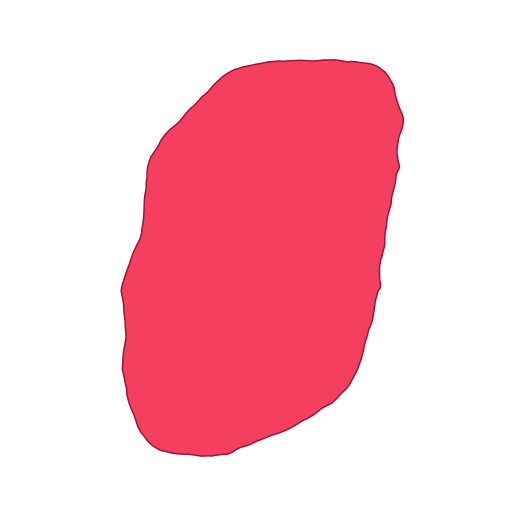 outline of South Nilandhoo, Maldives, rotated 9°
{"feature_id": "70690204B67340170019172", "entity_name": "South Nilandhoo", "entity_type": "district", "adm_level": 2, "iso_a3": "MDV", "parent_name": "Maldives", "parent_adm1": "", "projection": "orthographic", "projection_center": [72.94, 2.835], "detail": "fine", "context": "isolated", "style": "filled", "palette": "rose", "viewbox_px": 512, "rotation_deg": 9, "n_neighbors": 0, "source": "geoboundaries", "source_scale": "gbopen_adm2", "svg_char_len": 3138}
<svg xmlns="http://www.w3.org/2000/svg" viewBox="0 0 512 512"><g transform="rotate(9 256 256)"><path d="M203.5,463.8L209.3,463.7L214.7,463.1L220.3,462.4L227.3,462.2L233.3,462.2L239.7,460.9L243.7,460.4L247.8,459.0L252.5,457.6L258.5,456.3L263.7,453.2L266.6,450.3L271.6,446.9L277.0,444.6L280.5,442.4L285.6,438.8L291.1,435.7L298.7,431.0L306.5,427.2L314.2,422.5L319.4,418.5L323.6,415.1L326.4,412.4L333.0,407.7L337.8,403.8L341.5,399.8L344.9,396.1L349.6,392.5L353.8,389.6L358.0,384.2L361.6,378.5L365.4,373.8L367.5,370.2L369.4,365.8L370.6,361.8L371.7,359.0L372.9,355.8L374.0,351.9L374.8,347.9L375.4,344.4L376.0,341.9L376.2,338.9L376.5,336.0L377.0,333.0L376.9,330.6L377.0,327.1L377.2,324.8L377.7,321.1L378.4,317.3L378.6,313.8L378.9,311.2L380.4,305.0L381.1,300.8L381.1,296.6L381.1,293.2L381.1,289.7L380.8,281.3L381.4,278.2L381.5,276.1L381.7,274.0L381.9,272.8L382.0,271.1L383.8,267.8L383.1,263.2L381.8,259.9L381.0,255.7L380.2,250.7L379.6,246.5L379.8,243.1L379.8,239.9L380.5,236.9L380.5,234.1L380.8,231.2L381.4,225.7L380.8,220.8L379.9,213.8L380.1,205.5L379.7,200.2L379.8,196.7L380.0,192.7L380.5,189.7L380.9,185.9L381.3,182.7L380.9,179.2L380.8,176.1L381.2,173.1L381.4,170.1L381.7,167.3L382.0,165.3L382.1,163.7L382.0,162.1L382.1,160.0L382.0,157.2L381.7,154.9L382.0,152.6L382.5,150.6L382.9,149.4L383.5,147.3L383.8,146.0L383.4,144.0L382.2,141.6L380.9,138.3L380.1,135.3L379.0,131.9L378.7,129.2L378.5,126.6L378.4,121.3L378.5,117.3L378.8,114.0L379.6,111.1L380.3,107.3L380.5,102.4L380.3,98.8L379.6,96.1L377.3,91.6L375.3,88.6L372.5,83.7L371.5,81.7L370.3,79.5L368.3,74.7L367.2,71.6L366.2,68.3L365.2,66.5L364.2,64.7L362.4,62.7L360.6,60.3L358.3,57.6L356.3,55.7L354.5,54.0L351.9,52.7L348.1,50.6L346.5,49.8L342.9,48.9L338.2,48.2L333.8,48.4L329.4,48.6L323.9,48.6L319.4,49.0L316.2,49.9L312.6,49.9L307.7,49.8L302.6,50.0L297.3,51.0L292.2,51.8L287.0,53.3L281.9,54.5L276.1,55.1L269.7,55.7L262.4,57.1L257.0,58.3L252.5,59.4L248.3,59.8L242.4,61.2L236.7,62.7L231.8,64.7L226.8,66.3L221.5,68.4L213.8,71.2L209.0,73.7L205.6,75.2L201.8,78.0L198.5,80.7L195.7,83.4L193.6,85.8L191.1,89.0L187.9,92.9L185.3,97.4L182.7,101.5L179.8,104.9L177.2,107.8L175.3,111.2L174.0,113.2L171.7,116.7L170.1,118.5L168.3,120.2L166.4,123.2L164.7,125.6L163.6,127.9L159.9,134.3L156.7,138.6L151.8,144.0L149.7,146.6L146.4,151.8L144.4,155.8L143.6,158.1L142.6,161.4L141.0,165.6L138.8,169.9L136.5,175.0L135.7,180.1L135.0,185.2L135.3,190.2L136.1,195.7L136.0,200.6L137.0,206.4L136.7,214.0L137.2,220.1L137.9,225.4L138.6,231.3L139.0,236.0L139.2,240.8L139.1,246.8L139.4,251.3L139.1,254.7L138.4,258.5L137.0,262.4L135.7,266.7L134.1,272.5L133.0,278.2L132.3,283.5L131.4,287.3L130.3,293.1L129.5,298.8L128.6,304.1L128.2,308.3L128.3,311.8L131.5,320.3L132.8,324.8L134.2,331.2L135.6,336.2L136.8,340.2L137.7,345.3L138.8,349.7L140.4,356.2L140.3,361.0L140.3,365.1L140.1,369.9L140.3,374.1L140.9,380.6L141.3,384.2L141.7,388.7L143.7,393.6L144.9,396.7L145.7,399.2L149.0,407.7L150.1,413.0L152.3,418.0L154.2,422.2L157.0,426.9L160.4,432.1L163.2,437.5L165.9,442.8L168.1,445.8L169.9,448.0L173.4,451.2L176.9,454.8L180.9,457.9L185.1,460.3L192.6,463.0L197.3,463.2L203.5,463.8Z" fill="#f43f5e" stroke="#9f1239" stroke-width="1.5"/></g></svg>